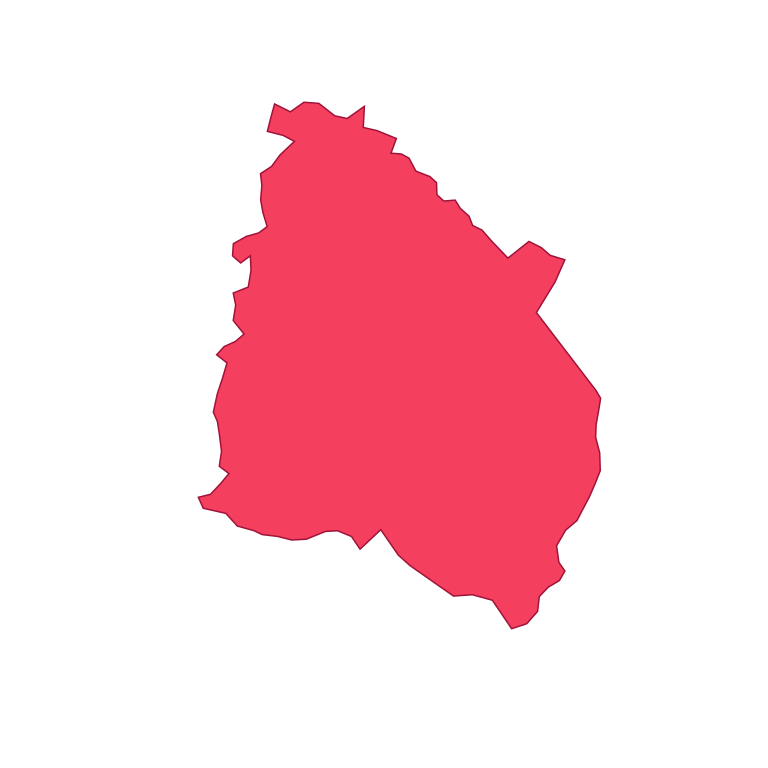 the district of Relvado, Rio Grande do Sul, Brazil, rotated 220°
{"feature_id": "56859067B21914080433066", "entity_name": "Relvado", "entity_type": "district", "adm_level": 2, "iso_a3": "BRA", "parent_name": "Brazil", "parent_adm1": "Rio Grande do Sul", "projection": "natural_earth1", "projection_center": [-52.056, -29.114], "detail": "fine", "context": "isolated", "style": "filled", "palette": "rose", "viewbox_px": 768, "rotation_deg": 220, "n_neighbors": 0, "source": "geoboundaries", "source_scale": "gbopen_adm2", "svg_char_len": 1479}
<svg xmlns="http://www.w3.org/2000/svg" viewBox="0 0 768 768"><g transform="rotate(220 384 384)"><path d="M532.3,580.0L552.3,573.6L564.8,567.2L577.5,584.1L582.9,563.7L594.1,557.8L614.3,557.1L626.4,548.4L630.7,532.3L647.8,528.2L642.5,516.5L635.7,502.5L621.1,509.6L608.6,512.3L610.9,492.4L610.0,478.4L613.8,465.8L605.1,457.5L596.9,445.8L587.1,437.6L574.7,429.5L577.1,419.2L584.3,408.7L589.6,394.7L582.4,384.8L571.6,384.6L568.8,396.3L559.0,385.7L550.3,371.0L558.0,356.8L548.4,349.2L540.3,335.7L523.3,332.3L525.2,321.0L530.5,310.0L531.0,298.8L517.8,299.2L511.6,285.0L505.3,269.2L496.6,252.7L487.4,248.1L478.5,240.3L465.1,227.9L457.3,215.1L445.2,215.7L445.2,202.2L446.0,188.0L453.4,177.9L442.6,172.6L422.0,183.2L405.0,180.9L389.5,188.0L380.6,190.3L367.6,198.8L354.4,205.2L343.8,215.1L334.1,233.4L325.3,241.7L310.9,246.3L296.2,242.1L292.8,270.3L262.9,262.1L247.2,261.6L194.5,266.2L180.9,279.3L162.0,288.0L128.9,278.6L120.6,292.1L120.2,308.6L128.4,321.0L127.6,333.9L123.3,346.3L125.2,357.0L135.4,359.8L147.8,371.0L150.9,388.7L148.4,403.4L150.9,414.6L154.1,429.5L157.7,441.7L162.6,456.6L174.5,469.9L187.7,479.3L195.5,489.4L202.3,501.3L208.9,512.3L217.4,515.3L313.2,536.7L318.5,572.0L325.3,595.4L339.4,589.4L351.0,589.6L364.6,586.4L370.0,560.1L392.9,562.6L407.8,564.9L418.0,562.4L426.7,567.2L438.4,567.6L447.7,570.6L455.8,562.6L465.1,563.0L473.2,572.0L482.1,572.4L496.4,567.6L510.0,573.1L518.7,571.3L527.0,565.3L532.3,580.0Z" fill="#f43f5e" stroke="#9f1239" stroke-width="1.5"/></g></svg>